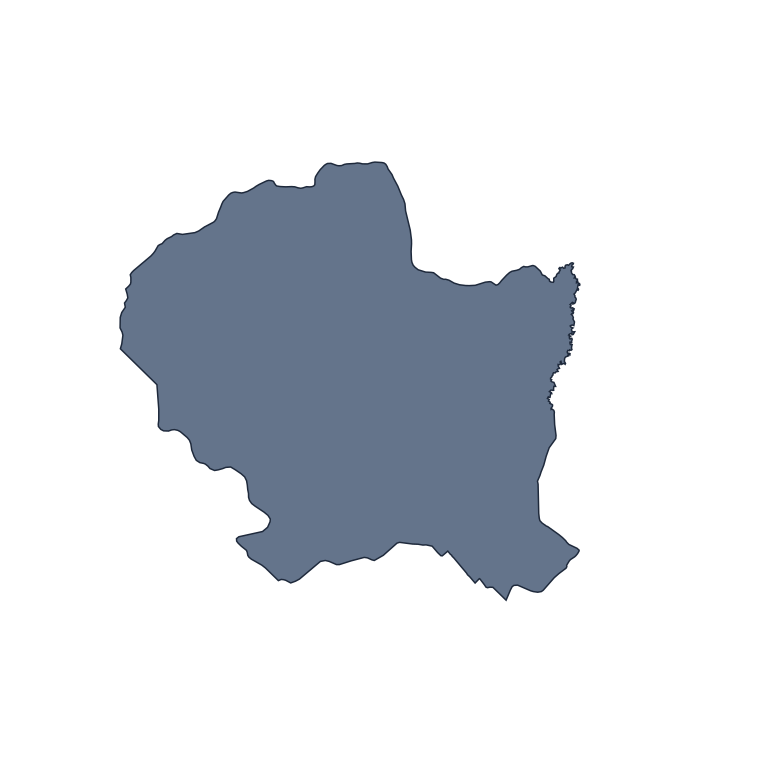 Ponhea Kraek, Kâmpóng Cham, Cambodia (Albers equal-area conic projection), rotated 224°
{"feature_id": "14789045B85253678396589", "entity_name": "Ponhea Kraek", "entity_type": "district", "adm_level": 2, "iso_a3": "KHM", "parent_name": "Cambodia", "parent_adm1": "Kâmpóng Cham", "projection": "albers", "projection_center": [105.837, 11.75], "detail": "fine", "context": "isolated", "style": "filled", "palette": "slate", "viewbox_px": 768, "rotation_deg": 224, "n_neighbors": 0, "source": "geoboundaries", "source_scale": "gbopen_adm2", "svg_char_len": 6171}
<svg xmlns="http://www.w3.org/2000/svg" viewBox="0 0 768 768"><g transform="rotate(224 384 384)"><path d="M332.7,602.0L333.4,601.1L333.7,599.8L333.7,597.6L335.0,597.1L335.9,595.5L335.5,594.4L334.4,593.3L335.2,592.0L336.7,592.1L337.6,589.9L338.4,590.0L338.5,589.1L338.3,588.4L336.4,588.4L335.8,585.9L335.3,585.3L336.0,584.2L335.8,582.9L335.4,581.8L334.8,581.0L335.4,578.0L333.0,575.6L332.9,574.7L334.7,573.3L336.4,573.0L337.9,574.1L339.1,573.7L343.4,573.6L345.9,572.4L350.0,573.8L356.9,573.7L358.7,573.0L359.5,572.3L361.9,568.2L363.5,566.6L365.2,565.6L366.0,563.1L366.2,560.6L367.6,557.9L370.3,554.0L371.1,551.4L371.4,547.6L371.3,540.1L371.0,537.2L371.1,534.7L372.1,532.9L377.8,531.9L379.0,531.1L381.9,527.6L386.9,518.4L390.9,514.1L393.6,511.6L398.5,507.9L403.6,505.3L409.4,503.8L412.4,502.2L413.7,500.8L416.9,499.4L425.6,498.5L427.7,497.0L431.8,493.4L438.8,489.9L442.8,489.5L445.5,489.7L448.4,490.9L450.5,492.4L456.5,498.1L461.6,504.0L464.4,506.8L472.0,512.9L488.7,523.5L494.1,528.2L498.0,530.3L502.9,532.1L511.5,535.9L520.2,538.7L523.7,540.2L530.4,541.5L532.7,542.6L535.4,543.3L537.5,543.0L539.3,541.9L544.7,537.3L546.3,535.2L548.7,530.9L552.4,527.4L554.8,526.0L556.8,524.4L558.2,522.4L563.7,516.4L565.1,514.4L566.2,511.7L568.0,509.7L569.6,508.5L575.4,505.9L577.8,503.4L578.3,502.1L578.8,499.9L578.8,494.0L578.2,489.9L577.3,485.7L575.9,483.3L574.1,481.5L572.2,479.3L572.1,477.6L572.9,475.9L574.3,474.2L576.8,472.1L578.6,468.7L579.8,467.0L582.1,465.4L585.1,463.9L587.5,461.9L591.7,457.5L596.0,453.8L598.6,452.0L599.6,451.8L602.5,452.3L603.6,452.8L604.8,452.8L606.4,452.0L608.4,450.4L609.6,448.4L612.4,440.9L613.4,437.3L613.9,434.4L616.0,427.7L617.9,424.2L619.1,422.5L624.5,418.6L625.7,417.0L626.7,414.9L627.0,412.1L626.6,403.6L625.6,400.6L624.6,398.4L622.4,392.7L619.3,386.5L618.9,383.7L619.0,382.1L622.2,372.4L623.6,365.3L625.2,361.5L632.9,351.6L637.6,348.4L638.9,345.0L639.2,342.5L640.9,338.0L641.3,335.3L641.1,330.8L642.0,328.8L642.6,326.7L641.0,320.4L640.7,318.0L640.6,314.2L642.9,291.7L642.9,288.8L642.4,286.3L640.1,284.8L636.9,281.5L635.8,279.7L635.6,276.9L635.8,272.9L631.2,270.3L628.1,268.0L627.3,265.1L626.9,262.0L623.4,259.5L622.3,253.2L620.0,248.7L612.8,241.0L608.4,239.4L605.7,237.7L600.5,230.7L598.1,226.2L546.9,225.8L528.4,209.3L520.7,201.3L518.5,198.3L516.7,196.7L513.0,196.3L510.0,197.2L506.3,200.5L504.9,203.4L503.1,205.6L500.2,207.4L497.5,208.2L488.4,208.8L484.9,208.4L481.4,206.8L476.5,203.0L470.3,200.0L466.0,198.7L461.9,199.5L458.6,201.6L456.8,202.3L453.6,202.6L450.4,202.3L445.8,204.1L443.6,207.1L441.2,211.2L439.9,214.1L436.6,217.8L431.4,219.0L424.4,220.2L419.7,220.4L415.6,218.9L412.2,216.4L408.7,213.4L405.4,211.1L402.7,208.4L399.8,206.8L396.1,206.1L391.6,206.6L381.3,208.5L376.3,208.9L372.0,207.9L370.3,205.8L368.2,200.1L368.9,193.5L382.3,173.3L382.7,170.3L380.8,168.6L378.4,168.2L373.9,168.2L367.4,168.8L365.6,168.0L362.9,166.1L361.0,165.6L357.9,165.8L346.2,168.8L341.5,169.3L323.4,169.2L322.2,172.0L320.3,173.5L318.4,174.5L312.9,176.1L310.7,180.6L309.3,184.9L306.5,212.2L303.6,216.3L300.2,218.3L292.7,221.1L290.6,223.2L284.7,234.1L277.8,245.5L275.2,247.4L270.5,249.1L268.4,250.3L265.5,260.3L264.1,278.6L262.8,280.9L252.2,288.8L248.2,292.4L244.1,295.2L242.0,297.5L236.7,300.8L228.3,300.0L223.8,300.0L222.7,300.9L222.0,308.1L218.0,307.6L216.3,307.8L215.4,307.4L213.0,307.4L193.2,305.3L191.4,304.8L188.5,304.9L180.2,304.1L180.2,310.2L179.5,310.4L172.2,309.3L169.5,308.7L168.0,309.4L166.7,311.4L164.4,313.4L146.0,313.3L150.0,323.7L151.0,327.1L150.7,329.3L148.2,332.1L134.9,337.1L132.4,338.4L128.8,341.0L126.6,344.0L126.2,346.3L127.0,362.9L126.5,369.1L125.1,378.1L125.6,379.6L126.7,380.5L127.8,385.3L127.9,387.2L126.8,392.1L126.7,393.8L126.9,396.4L127.6,399.2L128.2,400.0L131.0,399.9L139.6,397.0L142.7,397.1L144.5,397.5L149.0,397.5L153.8,397.1L167.4,395.1L168.3,394.6L173.7,393.8L177.0,394.0L179.2,395.4L182.8,398.4L203.6,419.0L206.1,420.7L208.3,426.6L209.9,429.8L212.7,436.6L217.2,444.8L220.9,452.9L222.5,464.0L224.5,466.5L233.0,473.3L240.4,480.3L241.9,482.1L243.5,483.0L245.8,482.7L246.1,481.8L247.0,482.6L247.2,484.7L248.1,486.0L249.2,486.0L251.3,485.2L251.7,486.2L252.5,486.3L253.8,485.9L254.4,487.6L256.4,487.1L256.9,488.9L256.1,489.0L255.3,489.7L257.4,492.8L256.6,493.6L257.6,494.1L259.7,493.4L259.7,495.5L258.9,496.3L258.0,496.7L257.6,497.4L258.4,498.0L260.2,500.3L258.9,501.5L262.9,503.2L264.7,502.2L266.1,502.1L266.3,503.5L267.6,503.2L268.3,504.0L268.2,505.7L268.8,506.9L268.7,507.9L269.6,508.8L269.9,509.8L268.6,510.8L268.8,511.8L268.4,512.7L267.5,514.0L269.5,514.5L269.5,515.5L268.6,517.1L269.5,517.5L271.2,517.9L272.3,519.0L271.4,519.5L270.9,520.1L271.0,520.9L272.8,522.6L272.5,523.3L269.8,521.6L269.2,523.3L268.3,524.0L267.4,524.0L267.7,524.9L270.0,525.6L271.9,528.0L272.2,529.5L270.9,532.3L271.8,532.4L271.8,533.6L270.5,534.0L271.3,535.1L272.5,534.6L273.4,533.7L274.5,534.3L275.1,535.8L273.9,536.5L274.3,537.5L272.9,538.1L272.7,539.3L274.1,540.1L275.6,542.1L276.0,543.1L276.9,543.0L277.3,541.8L278.3,542.3L279.3,543.2L278.0,544.4L278.6,544.9L279.7,546.9L280.6,547.3L281.4,546.7L281.4,545.6L282.2,545.6L283.8,547.0L283.1,547.8L284.1,547.9L285.2,547.5L285.3,548.5L284.3,551.0L283.0,550.0L282.3,551.1L283.1,554.1L284.3,552.8L285.1,552.4L286.9,553.3L287.3,554.4L287.0,555.6L289.1,554.8L290.4,555.1L290.3,555.8L289.6,557.2L288.0,557.9L290.1,561.0L293.3,562.0L293.7,563.1L295.2,563.9L296.3,564.2L297.7,564.2L297.7,565.3L296.9,565.9L297.2,566.9L299.9,567.0L299.7,568.8L298.7,568.6L299.4,570.2L301.3,569.8L302.2,568.7L303.1,568.4L303.8,569.2L303.7,570.0L304.5,570.8L305.3,570.5L305.2,573.6L304.5,573.9L303.7,572.8L303.2,573.6L302.9,574.7L303.3,576.2L304.0,576.9L304.2,577.9L304.7,578.6L305.7,579.1L307.1,579.2L307.9,580.1L309.8,580.7L309.7,582.5L310.7,585.8L309.5,586.3L309.8,587.2L310.5,587.5L311.2,587.0L313.2,590.0L311.8,590.9L312.1,591.5L313.2,592.1L314.0,591.3L315.5,592.1L315.9,590.6L316.8,591.6L316.7,592.8L317.7,593.8L318.4,593.1L319.5,593.1L320.1,593.5L320.8,592.5L321.2,593.3L321.1,594.1L321.9,594.5L323.1,594.8L324.3,593.8L326.3,594.2L327.4,595.2L328.1,595.3L328.2,596.2L328.7,596.7L328.3,597.7L329.0,599.7L330.5,598.7L331.5,600.2L331.1,601.2L331.6,602.4L332.7,602.0Z" fill="#64748b" stroke="#1e293b" stroke-width="1.5"/></g></svg>